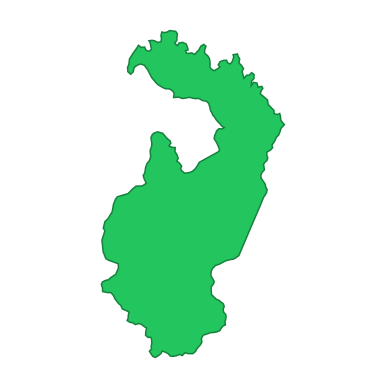 outline of Cumari, Goiás, Brazil, rotated 86°
{"feature_id": "56859067B19159308765425", "entity_name": "Cumari", "entity_type": "district", "adm_level": 2, "iso_a3": "BRA", "parent_name": "Brazil", "parent_adm1": "Goiás", "projection": "mercator", "projection_center": [-48.176, -18.317], "detail": "fine", "context": "isolated", "style": "filled", "palette": "green", "viewbox_px": 384, "rotation_deg": 86, "n_neighbors": 0, "source": "geoboundaries", "source_scale": "gbopen_adm2", "svg_char_len": 4043}
<svg xmlns="http://www.w3.org/2000/svg" viewBox="0 0 384 384"><g transform="rotate(86 192 192)"><path d="M96.5,203.8L96.4,198.8L98.1,195.0L97.8,191.3L97.4,187.9L98.3,185.2L99.1,182.2L99.2,178.5L101.6,175.0L102.3,171.4L104.9,169.1L109.4,168.2L112.1,167.9L114.2,166.7L116.8,165.9L119.2,164.0L121.4,163.0L123.8,161.2L125.6,159.6L128.6,157.5L130.0,155.3L131.2,157.5L130.7,160.7L132.9,163.4L135.1,164.1L137.0,165.4L140.5,166.2L144.4,164.0L148.0,162.7L151.1,161.7L153.4,162.3L162.9,182.7L166.5,185.0L169.5,187.6L171.5,190.3L172.4,193.2L172.8,197.8L170.5,200.4L168.2,201.8L165.4,200.5L162.0,202.7L160.1,205.0L157.4,203.4L153.4,204.5L150.5,206.2L146.5,205.6L145.9,209.3L144.4,211.8L141.8,209.7L139.1,210.5L137.5,212.5L135.3,214.3L131.4,217.1L129.6,222.0L130.5,225.6L131.9,227.6L135.0,229.2L140.3,228.7L143.3,229.0L147.7,230.9L154.2,230.8L157.7,232.3L160.5,234.9L164.0,236.5L169.7,237.8L172.1,239.5L175.3,238.9L180.1,237.0L182.5,241.2L182.2,247.3L184.9,251.2L187.3,253.8L189.2,256.1L191.5,266.7L193.7,268.7L198.6,271.1L206.3,273.1L212.9,277.8L215.4,280.9L221.8,283.0L224.8,281.6L231.4,284.3L233.7,285.2L245.4,284.8L252.5,282.6L254.1,280.3L258.4,270.6L262.7,270.7L268.8,273.8L271.7,279.0L273.7,281.5L274.1,284.3L275.4,287.5L277.9,288.9L281.3,288.0L285.1,288.1L286.4,283.6L286.8,279.8L289.9,277.5L292.8,276.5L296.4,274.2L298.5,272.8L299.9,271.0L303.8,269.7L306.0,265.4L307.5,263.1L310.2,264.1L313.5,264.5L315.7,265.7L317.6,263.1L318.6,259.7L320.3,257.9L319.6,254.8L320.2,252.0L322.3,249.8L324.7,246.8L328.2,247.9L331.7,248.3L334.0,246.0L334.0,243.3L336.2,242.6L340.1,242.7L343.1,243.5L345.8,243.3L347.8,245.6L351.2,243.9L353.4,242.4L354.5,240.1L352.8,236.8L351.0,234.2L348.6,232.9L349.9,229.8L351.7,227.0L354.1,225.1L354.6,222.7L354.3,219.0L353.2,215.8L354.5,213.1L351.9,210.3L353.0,207.1L353.3,202.4L351.3,199.6L349.3,198.4L346.9,196.3L345.2,194.4L342.6,192.7L338.5,192.8L335.6,190.7L334.6,186.7L333.5,182.7L333.7,180.2L333.3,177.2L332.3,174.0L330.0,172.4L327.9,170.6L326.9,167.9L324.1,168.2L321.6,167.3L318.8,166.7L316.5,166.9L314.1,168.8L311.1,169.1L308.4,167.8L305.5,168.7L303.8,170.8L302.1,172.3L300.7,175.2L295.7,179.7L288.2,179.6L285.1,176.9L283.0,176.1L280.4,177.2L276.7,179.0L272.5,178.4L269.9,177.0L266.9,173.7L266.0,170.0L263.5,164.4L262.6,161.6L262.1,158.3L261.8,155.2L260.5,152.6L258.7,149.7L225.2,132.6L211.2,125.3L202.6,121.1L197.8,117.6L194.7,116.9L192.4,118.1L189.3,118.4L182.9,122.1L180.0,122.1L177.7,121.0L174.9,118.2L172.1,118.5L169.0,118.6L167.3,117.0L166.0,115.2L163.4,114.0L160.8,114.8L157.5,114.6L155.8,111.1L153.5,108.5L150.6,108.9L148.7,107.2L145.9,105.3L143.3,104.1L141.4,101.7L138.4,100.2L134.9,98.9L132.8,96.8L131.2,95.1L129.4,96.6L126.5,98.4L122.6,98.5L119.8,99.0L120.6,101.2L119.8,104.5L116.2,104.6L114.0,106.6L111.8,108.4L110.0,109.9L105.4,110.3L103.7,112.1L101.2,114.5L98.8,117.0L96.1,116.1L93.5,114.1L91.5,115.0L92.0,118.7L87.9,119.6L86.9,122.9L90.0,125.4L85.6,124.8L83.3,122.4L79.1,121.9L77.1,124.2L79.4,126.7L79.3,129.3L82.2,132.2L78.0,133.1L75.4,133.6L72.4,132.0L68.9,134.0L66.5,136.2L62.6,135.1L60.1,136.4L57.5,137.1L57.9,141.4L60.2,141.0L62.9,142.0L65.2,143.1L66.9,145.0L65.8,147.3L63.0,148.3L62.9,151.3L63.9,154.9L67.0,157.0L69.3,155.4L71.0,158.3L72.6,161.6L70.5,164.4L68.1,165.5L65.8,165.0L63.1,165.0L60.1,165.3L56.9,167.0L54.7,169.6L51.8,169.6L47.5,167.9L45.6,170.0L46.9,172.7L48.8,174.1L51.0,175.4L53.1,177.9L55.0,179.7L53.2,182.5L53.5,185.3L53.3,187.8L50.5,188.6L50.0,186.0L47.1,186.5L43.8,187.6L42.0,191.2L42.6,194.7L45.0,196.3L42.4,199.0L39.9,196.6L36.2,196.2L33.2,195.5L30.6,197.1L29.9,200.5L29.4,203.1L30.6,205.4L31.1,208.1L30.3,211.0L34.0,212.1L36.8,211.7L39.9,212.5L40.4,215.7L38.6,218.7L37.9,221.2L38.1,224.4L40.3,223.3L43.3,223.0L46.4,222.4L48.7,224.7L47.3,228.1L44.1,229.1L44.2,232.4L41.9,235.2L44.3,236.8L49.8,241.4L55.0,245.1L60.3,246.1L63.2,247.6L67.5,247.6L70.3,245.0L68.1,242.3L63.8,241.0L61.7,237.9L60.7,234.6L62.2,230.7L67.2,227.6L75.1,224.2L80.6,220.2L82.9,218.1L86.0,213.5L87.2,211.1L87.5,207.4L90.0,204.1L92.3,202.9L96.5,203.8Z" fill="#22c55e" stroke="#15803d" stroke-width="1.5"/></g></svg>